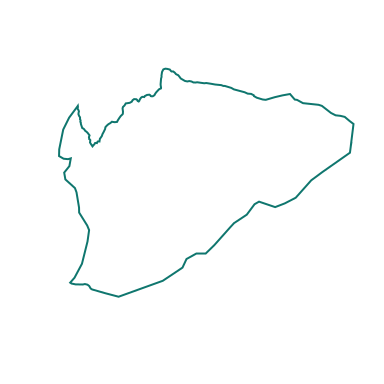 outline of Yelimane, Kayes, Mali, rotated 16°
{"feature_id": "8926073B99329075829336", "entity_name": "Yelimane", "entity_type": "district", "adm_level": 2, "iso_a3": "MLI", "parent_name": "Mali", "parent_adm1": "Kayes", "projection": "mercator", "projection_center": [-10.704, 15.046], "detail": "fine", "context": "isolated", "style": "outline", "palette": "teal", "viewbox_px": 384, "rotation_deg": 16, "n_neighbors": 0, "source": "geoboundaries", "source_scale": "gbopen_adm2", "svg_char_len": 2789}
<svg xmlns="http://www.w3.org/2000/svg" viewBox="0 0 384 384"><g transform="rotate(16 192 192)"><path d="M150.3,312.9L188.4,285.4L203.7,267.3L205.2,257.9L213.2,249.9L222.1,247.4L228.1,236.9L238.3,215.7L241.0,210.3L250.9,198.7L255.5,186.5L259.1,182.8L276.1,183.6L284.3,177.4L293.3,168.9L303.4,147.9L311.9,136.8L333.0,110.7L332.0,104.1L331.7,101.7L331.6,101.8L328.5,82.1L323.9,80.3L318.1,77.7L313.6,77.9L308.9,78.7L303.8,77.7L293.1,73.4L289.6,73.3L274.2,76.0L267.6,74.5L265.3,74.8L262.4,72.9L259.2,70.8L252.3,74.2L245.5,78.0L237.6,83.0L236.8,83.2L234.4,83.6L228.2,83.5L225.1,82.7L224.7,82.0L221.8,81.4L218.4,82.1L215.1,81.6L203.9,81.8L201.1,81.1L194.2,81.0L192.8,81.4L190.7,81.2L184.6,82.3L180.6,82.7L175.7,83.3L173.8,84.1L169.6,84.7L168.8,84.8L166.7,85.1L165.2,85.8L163.1,86.3L161.0,85.9L158.8,86.1L158.6,86.2L157.1,87.0L156.0,87.1L154.6,87.2L149.9,86.0L148.1,84.6L146.5,83.5L145.6,83.4L144.1,83.1L142.5,82.0L140.7,81.3L139.1,81.8L138.3,81.4L136.9,80.4L134.2,80.5L132.4,80.8L130.7,82.0L130.4,83.2L130.2,84.4L130.1,84.9L130.6,88.6L131.0,89.7L131.0,91.2L131.0,91.5L132.1,97.0L132.4,97.9L133.5,100.3L133.6,101.0L133.1,101.4L132.2,102.1L131.3,103.7L130.1,106.1L129.7,107.2L129.4,108.3L129.2,109.3L128.0,110.7L127.1,111.1L126.8,111.1L125.9,111.2L125.2,110.5L124.2,110.2L122.0,111.1L120.2,112.8L120.2,113.1L119.9,113.9L119.0,114.0L117.9,114.3L117.0,115.4L116.3,117.5L116.2,118.9L115.8,119.7L114.7,119.5L113.7,118.5L112.8,118.2L110.7,118.7L109.6,120.1L109.2,121.8L107.6,123.4L105.5,124.4L103.9,125.1L103.3,127.4L102.2,129.3L102.2,130.7L103.2,133.1L103.4,133.4L103.9,135.5L103.9,136.3L103.8,136.5L102.6,138.5L101.8,140.7L100.8,144.0L100.8,144.6L100.7,145.2L99.7,145.7L98.4,146.2L96.4,146.5L95.7,146.5L94.4,148.4L93.0,149.8L91.8,151.7L90.9,153.6L91.1,155.4L90.5,158.8L90.0,161.0L89.9,163.1L89.2,165.2L88.8,166.1L88.9,167.1L89.1,168.9L88.9,168.9L87.9,169.3L87.4,169.5L87.2,170.4L87.2,170.7L87.1,171.2L86.9,171.2L85.8,171.4L85.2,171.8L85.0,173.2L84.5,173.9L84.0,174.3L84.0,175.2L83.8,175.6L81.8,173.9L80.3,172.5L80.1,170.8L79.9,170.1L78.9,169.5L78.6,169.4L78.6,169.2L78.2,168.5L77.8,167.7L77.9,165.8L75.5,164.0L73.9,163.1L72.6,162.7L71.0,161.4L70.8,161.3L69.8,160.9L68.9,160.8L66.4,157.2L66.1,156.1L65.3,155.3L65.3,154.3L64.8,153.4L64.3,153.0L64.0,151.6L63.6,150.9L62.5,150.0L61.4,148.5L61.2,147.4L61.1,146.5L61.1,145.7L60.4,144.7L59.5,143.9L59.0,143.4L59.0,143.0L58.9,141.7L58.5,140.7L58.2,141.6L53.4,154.4L51.0,167.5L52.6,187.6L54.3,194.1L59.4,195.4L63.8,194.6L66.2,193.1L67.0,200.9L63.8,208.6L66.8,214.8L78.4,220.5L81.1,224.2L87.7,238.1L89.2,242.9L100.5,253.1L103.6,257.0L105.2,268.4L106.0,291.3L102.7,306.8L99.9,312.7L101.4,313.2L105.5,312.9L112.6,311.0L114.4,310.0L117.1,309.9L119.1,310.7L121.2,312.7L122.8,313.2L137.0,313.2L150.3,312.9Z" fill="none" stroke="#0f766e" stroke-width="2"/></g></svg>